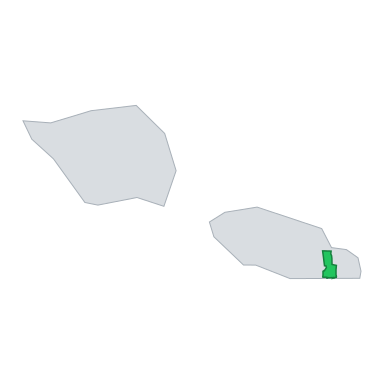 location of Lotofaga, Atua, Samoa
{"feature_id": "51752279B14441590630946", "entity_name": "Lotofaga", "entity_type": "district", "adm_level": 2, "iso_a3": "WSM", "parent_name": "Samoa", "parent_adm1": "Atua", "projection": "natural_earth1", "projection_center": [-171.572, -14.0], "detail": "fine", "context": "in_parent", "style": "filled", "palette": "green", "viewbox_px": 384, "rotation_deg": 0, "n_neighbors": 0, "source": "geoboundaries", "source_scale": "gbopen_adm2", "svg_char_len": 1940}
<svg xmlns="http://www.w3.org/2000/svg" viewBox="0 0 384 384"><path d="M136.2,105.4L164.7,133.5L176.1,170.7L163.9,206.3L136.9,197.5L97.9,205.1L84.9,202.5L53.5,158.9L31.8,139.2L23.0,120.8L50.7,122.9L91.1,110.7L136.2,105.4ZM359.8,278.3L290.1,278.6L255.7,265.1L243.5,265.0L213.9,236.8L209.4,222.0L224.9,212.3L257.1,207.1L321.7,228.6L331.5,247.6L346.4,249.6L358.0,257.8L361.0,271.2L359.8,278.3Z" fill="#d9dde1" stroke="#a8b0b8" stroke-width="1"/><path d="M322.8,277.1L323.1,277.2L323.7,277.2L323.9,277.2L324.0,277.3L324.5,277.2L325.2,277.2L325.3,277.2L325.5,277.2L325.9,277.2L326.2,277.2L326.4,277.3L326.5,277.3L326.6,277.6L326.6,277.8L326.8,278.1L327.0,278.1L327.3,278.1L327.5,278.1L327.6,277.9L327.8,277.8L327.8,277.7L328.0,277.8L328.1,277.7L328.3,277.7L328.7,277.7L328.9,277.7L329.1,277.8L329.4,277.8L329.5,277.8L329.8,277.8L330.4,277.8L330.6,277.7L331.0,277.6L331.3,277.7L331.6,277.6L331.8,277.6L332.0,277.6L332.4,277.9L332.4,278.0L332.5,277.9L332.7,278.0L332.8,278.0L332.8,277.9L332.7,277.9L332.7,277.7L332.8,277.7L333.0,277.6L333.4,277.5L333.4,277.8L333.5,277.9L333.6,277.7L333.6,277.8L333.8,277.9L333.8,277.7L334.2,277.7L334.6,277.6L335.1,277.5L335.5,277.5L335.9,277.3L336.1,277.3L336.3,277.3L336.4,276.9L336.4,276.7L336.2,276.6L336.3,276.4L336.2,276.3L336.2,276.1L336.3,275.7L336.2,275.3L336.1,275.1L336.0,274.8L336.0,273.2L336.0,271.5L336.0,269.8L336.4,265.4L335.6,265.2L334.4,265.0L332.0,264.4L331.9,258.5L331.8,257.7L331.7,256.7L331.6,255.8L331.4,255.2L331.1,254.6L330.9,254.3L330.8,253.9L331.1,251.1L329.0,251.0L328.6,251.0L327.2,251.0L324.8,250.9L322.6,250.9L323.5,257.6L324.5,265.8L325.9,265.8L326.0,266.1L326.0,266.4L326.1,266.6L326.4,267.3L326.3,267.6L326.1,268.1L325.2,269.4L324.9,269.9L324.8,270.1L324.6,270.4L324.5,270.6L324.4,270.8L324.2,270.8L324.0,270.7L323.9,270.9L323.8,271.0L323.7,271.0L323.3,271.0L323.2,271.1L323.0,271.3L323.0,275.2L322.8,276.5L322.8,277.1Z" fill="#22c55e" stroke="#15803d" stroke-width="1.5"/></svg>